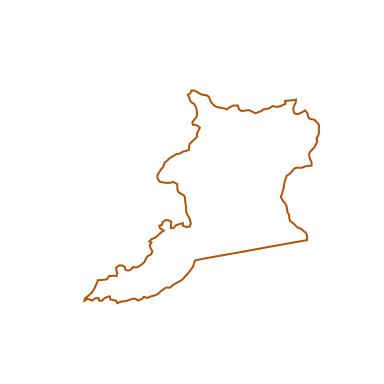 Fernandes Pinheiro, Paraná, Brazil, rotated 245°
{"feature_id": "56859067B35886428615135", "entity_name": "Fernandes Pinheiro", "entity_type": "district", "adm_level": 2, "iso_a3": "BRA", "parent_name": "Brazil", "parent_adm1": "Paraná", "projection": "natural_earth1", "projection_center": [-50.502, -25.483], "detail": "fine", "context": "isolated", "style": "outline", "palette": "amber", "viewbox_px": 384, "rotation_deg": 245, "n_neighbors": 0, "source": "geoboundaries", "source_scale": "gbopen_adm2", "svg_char_len": 3088}
<svg xmlns="http://www.w3.org/2000/svg" viewBox="0 0 384 384"><g transform="rotate(245 192 192)"><path d="M281.9,229.3L278.9,229.4L275.3,228.9L273.0,229.6L271.2,231.0L268.4,231.5L264.9,231.0L261.2,229.9L258.1,227.8L256.7,224.9L255.3,221.9L252.6,221.2L250.5,224.5L246.9,226.3L243.0,221.3L239.8,219.7L237.7,213.4L236.7,210.4L234.5,208.6L231.5,207.0L231.8,203.5L232.5,200.7L231.9,197.6L232.9,193.9L232.5,189.5L232.0,185.7L230.6,181.9L230.1,179.6L228.0,177.5L226.5,175.8L225.4,173.2L223.9,170.9L222.7,168.9L221.2,167.2L218.0,166.6L215.1,167.1L212.8,169.9L210.9,173.0L209.5,176.4L209.1,179.2L205.5,181.9L200.4,179.8L197.3,179.8L192.7,183.0L190.6,183.4L186.3,181.9L181.2,180.3L178.4,179.2L175.8,178.2L172.9,178.3L169.3,178.6L167.0,178.2L163.8,177.6L161.6,174.9L162.9,171.9L165.1,169.5L167.6,170.5L168.2,167.1L168.7,163.5L167.1,160.0L168.3,157.6L170.9,159.0L173.8,160.7L176.3,158.7L177.6,156.6L177.3,153.0L174.9,150.7L175.3,148.1L172.9,147.7L168.9,150.0L168.5,147.2L167.1,142.8L166.2,139.3L166.4,135.4L165.2,132.4L163.3,133.9L161.6,131.1L158.8,130.7L155.2,131.1L152.8,128.7L152.5,124.2L150.8,121.9L148.7,119.4L147.4,115.4L147.0,111.7L147.4,109.1L148.9,106.7L147.6,104.3L147.7,101.2L149.5,98.9L152.7,99.4L155.1,97.4L156.2,95.0L155.6,91.2L152.7,90.4L149.9,89.9L147.8,88.0L149.5,85.0L150.8,81.2L148.8,78.0L150.5,72.7L151.9,69.2L150.1,67.9L148.3,65.5L146.4,63.8L144.5,60.6L142.9,58.3L141.7,53.7L140.9,50.1L138.9,48.6L139.4,52.3L137.6,53.7L135.8,55.8L136.5,59.2L135.6,62.4L133.2,61.7L131.5,64.3L132.4,66.6L132.9,70.0L132.2,73.4L129.2,72.5L127.7,74.7L125.4,77.3L122.8,77.2L122.6,81.7L121.3,85.0L120.6,89.3L120.4,92.0L119.7,95.0L116.3,97.4L116.3,101.8L117.4,104.0L114.9,106.8L114.6,111.6L113.9,115.1L113.9,117.6L115.2,121.6L116.4,127.9L114.5,132.0L115.7,134.8L116.0,137.5L116.3,141.7L116.4,144.6L117.0,147.0L118.6,150.7L120.2,154.5L121.7,157.5L123.7,161.1L126.1,163.3L128.7,165.9L125.9,177.4L118.3,205.7L109.7,238.7L105.3,255.2L99.8,275.9L103.9,277.9L107.1,277.8L110.3,276.2L112.4,275.4L115.5,272.5L118.7,271.4L121.2,270.4L124.7,268.5L126.8,269.1L130.7,270.4L133.2,269.9L137.2,271.2L139.2,271.8L142.9,271.5L145.6,270.6L150.1,270.4L152.3,272.9L154.6,274.6L157.0,276.9L159.5,278.4L162.6,280.7L165.0,283.1L166.7,284.7L167.3,288.9L168.7,291.8L170.1,294.8L169.7,297.4L167.8,301.0L167.1,306.6L165.4,311.5L168.4,312.9L171.9,313.0L174.1,313.2L176.9,314.1L178.6,316.1L180.7,321.8L182.4,323.9L184.7,326.8L188.0,327.5L189.4,329.6L191.4,331.8L195.0,333.3L198.8,335.4L201.3,335.0L205.7,333.5L208.6,329.7L211.3,329.0L213.9,329.9L218.2,329.0L217.7,325.2L217.8,321.9L218.4,319.5L220.6,318.0L224.6,318.8L227.7,321.8L229.5,324.0L231.7,325.3L233.1,320.6L235.3,314.8L232.4,314.1L232.5,308.1L233.4,304.6L235.8,301.4L235.2,297.5L236.0,294.1L236.7,291.6L236.1,289.2L236.5,282.8L240.2,279.9L242.1,278.3L243.2,275.1L244.3,271.2L247.0,269.5L251.0,270.1L252.9,266.0L252.9,262.1L252.0,258.5L253.7,257.1L256.1,253.8L259.0,249.9L261.7,248.3L264.5,247.5L267.3,247.2L271.1,247.6L273.9,245.6L275.7,242.5L277.6,240.8L279.7,239.4L282.4,237.7L284.2,234.5L282.0,232.0L281.9,229.3Z" fill="none" stroke="#b45309" stroke-width="2"/></g></svg>